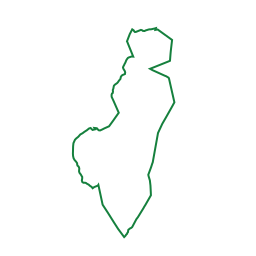 Paulo Ramos, Maranhão, Brazil (orthographic projection), rotated 111°
{"feature_id": "56859067B18667003723128", "entity_name": "Paulo Ramos", "entity_type": "district", "adm_level": 2, "iso_a3": "BRA", "parent_name": "Brazil", "parent_adm1": "Maranhão", "projection": "orthographic", "projection_center": [-45.411, -4.53], "detail": "fine", "context": "isolated", "style": "outline", "palette": "green", "viewbox_px": 256, "rotation_deg": 111, "n_neighbors": 0, "source": "geoboundaries", "source_scale": "gbopen_adm2", "svg_char_len": 2238}
<svg xmlns="http://www.w3.org/2000/svg" viewBox="0 0 256 256"><g transform="rotate(111 128 128)"><path d="M219.0,88.6L210.1,87.5L207.7,86.8L197.1,84.8L196.1,84.7L193.6,84.2L182.6,82.5L179.8,83.7L173.7,86.4L169.1,88.8L165.6,91.5L164.4,92.3L156.2,92.4L152.7,92.6L151.2,92.6L121.9,98.2L114.8,97.7L111.8,97.5L104.9,96.4L98.2,95.4L92.7,94.6L91.3,94.4L87.4,93.9L74.1,102.8L67.2,107.4L66.5,108.1L66.3,109.3L66.0,110.9L66.0,112.5L65.2,125.9L64.8,128.6L63.8,127.5L51.2,113.9L50.2,112.9L43.1,115.0L40.2,115.8L30.0,118.4L25.4,135.7L26.6,137.6L24.8,137.8L25.5,138.7L26.5,140.2L27.2,141.2L27.8,142.2L28.2,143.3L28.7,144.1L29.5,145.1L30.5,146.4L31.5,147.3L32.0,148.8L31.7,150.0L31.8,151.1L35.4,155.0L35.9,155.9L35.5,156.9L34.8,157.7L34.4,159.4L39.7,160.0L47.5,160.0L48.2,159.2L49.0,158.5L59.5,148.7L60.0,150.3L61.0,151.5L61.8,152.5L62.6,153.2L64.0,153.6L65.5,153.9L66.7,153.9L67.9,153.9L69.1,154.1L70.7,154.2L72.1,154.4L73.2,154.4L74.3,153.6L75.0,152.7L75.8,151.6L77.0,150.6L78.7,150.2L79.7,151.2L80.5,152.1L81.5,152.7L83.0,153.0L84.0,152.8L85.1,152.7L86.4,153.2L87.4,153.5L88.8,153.8L89.9,154.2L91.1,155.0L92.3,155.8L93.6,156.3L94.9,156.1L96.4,155.8L98.0,155.8L99.3,155.1L100.8,154.8L101.6,155.3L103.0,155.2L104.8,154.4L108.2,150.9L117.1,142.1L118.6,142.5L126.9,144.6L133.2,146.3L134.3,147.4L136.8,149.9L137.9,150.9L138.8,151.7L139.4,152.3L140.3,153.2L140.6,154.6L140.2,155.5L139.4,157.0L140.0,159.4L141.0,158.2L141.6,159.1L142.5,160.4L142.0,161.7L141.4,162.9L142.4,164.2L145.0,165.7L146.3,166.7L147.6,167.6L149.1,168.5L151.1,170.2L154.1,171.3L156.3,172.6L158.0,173.3L161.7,173.5L164.7,172.7L168.1,171.5L171.8,170.2L173.9,169.2L175.8,167.9L177.1,166.3L178.0,164.5L179.1,162.9L180.2,162.4L181.2,161.7L181.7,160.3L182.8,159.3L183.6,158.8L184.7,158.6L186.3,158.0L187.4,157.0L188.3,155.4L189.1,154.5L190.1,153.2L191.8,152.6L193.5,152.3L194.8,151.3L195.1,150.0L194.5,148.6L194.4,147.5L194.7,146.6L195.0,144.3L195.5,143.2L195.8,142.0L196.0,140.9L196.9,139.4L195.3,138.4L193.9,136.9L192.6,135.5L191.7,135.3L208.7,124.2L213.2,118.0L214.2,116.6L221.4,107.0L225.8,101.0L231.2,92.5L229.7,91.8L228.2,91.5L227.2,91.0L226.0,91.0L225.1,90.7L224.1,91.0L222.9,91.2L221.9,90.6L221.0,90.1L220.1,89.2L219.0,88.6Z" fill="none" stroke="#15803d" stroke-width="2"/></g></svg>